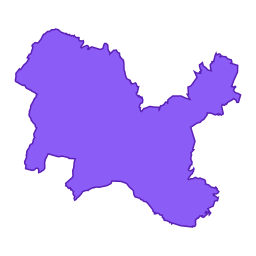 Santa María de los Ángeles, Jalisco, Mexico (Natural Earth projection)
{"feature_id": "50627088B16620739147386", "entity_name": "Santa María de los Ángeles", "entity_type": "district", "adm_level": 2, "iso_a3": "MEX", "parent_name": "Mexico", "parent_adm1": "Jalisco", "projection": "natural_earth1", "projection_center": [-103.187, 22.191], "detail": "fine", "context": "isolated", "style": "filled", "palette": "violet", "viewbox_px": 256, "rotation_deg": 0, "n_neighbors": 0, "source": "geoboundaries", "source_scale": "gbopen_adm2", "svg_char_len": 5738}
<svg xmlns="http://www.w3.org/2000/svg" viewBox="0 0 256 256"><path d="M171.7,223.9L172.6,223.1L180.8,225.7L192.5,227.0L192.4,226.2L194.8,226.4L195.7,224.7L195.6,222.9L195.2,222.1L195.8,221.0L195.3,220.1L195.5,219.7L197.1,218.7L197.5,217.9L198.1,218.2L198.9,217.6L199.2,216.6L200.0,215.8L200.8,215.8L201.2,216.4L201.5,215.9L202.4,215.8L202.1,216.6L203.5,217.4L207.2,214.1L207.1,213.0L205.3,213.0L205.4,212.4L206.1,211.5L207.2,212.4L208.7,211.9L209.2,214.8L210.7,212.9L209.0,211.2L209.3,210.9L207.8,208.6L213.3,205.9L213.2,204.8L213.8,204.3L214.0,203.1L214.7,201.2L216.4,200.5L217.1,200.8L217.7,200.1L218.2,197.6L217.7,197.9L214.4,195.4L214.0,195.2L214.2,195.5L213.9,195.6L213.5,195.0L213.7,194.1L216.6,193.8L217.8,193.1L218.8,191.6L217.0,189.9L217.2,188.8L216.5,188.4L216.1,187.4L215.7,187.1L215.2,188.0L211.1,187.1L208.6,184.9L205.6,184.0L205.6,182.4L205.0,180.2L203.5,179.3L201.4,178.8L200.1,178.0L198.3,178.6L197.3,178.4L195.8,177.4L194.5,177.7L193.0,178.8L190.9,178.7L188.9,179.6L188.2,179.3L188.4,178.3L191.0,174.6L192.3,173.6L192.9,171.9L193.5,171.1L193.5,170.1L194.0,169.0L193.7,168.3L193.2,169.4L190.3,171.0L188.6,170.0L188.3,169.2L189.7,167.9L189.2,167.4L189.7,166.2L190.2,166.2L190.5,165.1L191.8,164.7L192.0,161.9L190.9,159.4L190.9,157.2L191.6,154.8L190.9,152.9L193.8,149.7L192.7,149.3L192.8,148.6L195.0,141.4L190.7,127.3L196.8,123.2L200.4,122.2L201.8,120.4L203.7,119.5L207.1,114.8L207.3,112.9L208.4,113.2L209.0,112.9L211.5,113.3L215.2,114.9L217.5,114.0L217.1,114.5L218.7,115.1L220.3,114.1L221.2,115.1L223.3,113.8L221.6,106.2L222.4,104.5L223.7,105.2L224.6,105.3L225.9,103.8L226.4,104.2L227.9,102.2L231.8,100.1L233.7,98.6L236.2,100.4L236.9,102.4L238.4,102.4L240.6,94.9L237.8,93.3L236.6,93.2L235.1,92.5L233.8,90.9L233.5,90.1L234.7,87.9L235.6,87.2L235.5,86.4L235.2,86.3L233.2,87.3L232.4,86.2L231.6,86.4L233.8,80.3L237.5,72.1L237.7,65.4L230.8,63.2L231.9,62.2L231.3,59.9L227.6,58.8L225.8,56.7L223.6,56.6L221.4,55.9L221.2,56.5L220.6,57.0L220.0,56.6L220.7,55.7L220.6,54.9L219.8,54.0L218.3,54.0L217.9,54.5L217.2,54.8L216.5,54.5L216.1,53.3L215.2,55.3L213.6,61.6L212.7,61.5L212.4,62.1L211.9,61.9L211.8,63.3L210.8,63.9L210.2,65.0L210.7,68.6L211.3,70.8L207.7,69.9L206.0,67.8L203.3,66.0L202.4,62.6L200.9,63.9L200.9,64.2L199.6,64.6L199.4,65.9L200.3,69.0L200.6,69.7L201.4,70.3L201.3,70.9L199.8,71.6L199.7,72.3L200.6,72.6L200.7,73.2L196.8,73.1L194.5,71.7L197.0,77.4L191.1,85.8L188.0,87.1L188.4,94.4L187.2,94.3L190.0,99.4L185.3,98.0L181.1,96.0L172.8,96.0L168.0,99.7L167.6,103.1L166.0,101.9L164.5,103.4L164.3,104.1L163.9,104.5L161.6,105.9L160.8,105.7L160.3,106.2L159.3,110.1L159.1,110.2L159.2,107.3L154.0,107.1L149.9,106.4L144.6,108.5L144.0,108.4L141.1,112.0L141.2,111.6L140.6,110.8L140.2,109.5L140.1,108.1L140.4,107.8L139.1,106.9L140.4,103.6L142.3,102.8L142.7,101.5L142.7,99.4L142.0,97.4L141.4,98.0L140.7,96.8L140.3,97.0L139.1,95.8L138.9,96.7L136.4,94.4L136.4,92.8L137.3,92.6L138.6,86.7L137.6,86.9L137.2,86.5L136.0,83.4L135.4,82.9L133.3,83.8L131.1,83.7L131.3,82.5L130.0,81.6L130.3,80.5L126.8,78.7L125.7,76.2L124.7,71.6L124.0,69.7L123.8,62.7L123.4,60.2L122.9,59.6L122.0,59.2L121.4,58.1L120.2,57.5L120.2,56.4L119.6,55.7L119.5,53.1L117.5,52.4L116.3,50.1L113.7,50.3L109.8,54.1L109.6,52.0L108.5,50.7L108.0,49.3L107.8,45.2L106.3,43.6L104.6,43.5L103.8,45.1L102.9,48.4L101.3,49.2L100.0,49.4L91.8,46.9L90.1,47.7L89.1,49.3L87.8,49.3L87.6,48.9L88.5,47.7L88.6,46.9L87.7,45.7L86.9,45.5L83.8,46.6L81.5,48.0L80.7,47.0L83.3,43.3L83.6,41.9L83.3,40.7L82.8,41.0L79.7,40.8L78.7,39.6L79.1,37.8L78.0,37.4L77.6,37.7L76.4,37.6L74.3,36.2L74.3,35.8L73.8,36.3L73.2,35.7L72.4,35.5L71.5,36.0L71.1,35.5L69.7,35.2L69.5,34.5L67.7,34.9L66.7,33.7L66.2,34.1L65.8,33.5L63.4,33.3L63.0,32.8L60.9,32.1L58.3,29.7L55.5,29.0L54.5,29.7L51.5,29.8L49.4,31.6L48.0,31.3L46.7,32.2L44.6,34.1L43.7,34.3L43.5,35.1L43.0,35.2L40.9,39.5L39.5,41.0L39.1,41.9L37.6,43.0L35.1,42.6L33.1,44.2L32.0,45.6L32.0,46.0L32.8,46.5L32.5,49.2L32.1,49.7L31.1,53.2L30.4,54.0L29.3,54.3L27.2,57.8L29.0,58.5L28.8,58.9L26.4,62.8L23.7,65.1L21.0,69.1L20.1,69.7L19.4,68.9L15.9,73.4L16.0,76.7L15.4,80.2L15.6,81.4L16.5,82.1L17.5,82.2L18.9,83.4L22.9,85.4L24.8,85.3L26.2,88.0L28.2,89.1L29.3,89.4L30.1,90.1L30.9,90.1L31.8,91.2L34.0,92.2L37.2,94.3L36.3,95.1L36.3,96.6L34.2,99.0L33.1,101.6L30.8,105.7L30.5,108.6L29.4,111.1L29.4,112.9L29.0,114.3L29.3,114.9L29.1,115.3L29.4,116.3L30.7,118.1L31.5,120.9L32.1,121.0L33.4,123.1L35.0,124.4L35.4,126.7L36.7,127.8L33.9,133.7L34.0,136.2L34.8,137.4L33.6,138.9L32.7,143.0L32.0,143.8L30.7,144.4L29.7,145.5L29.3,147.4L27.1,150.7L26.7,152.1L26.7,154.1L26.2,155.1L26.6,155.5L26.3,158.1L24.6,161.6L25.0,164.2L26.0,165.0L25.8,167.3L25.5,168.2L25.9,168.8L32.2,170.4L34.6,169.8L35.9,168.4L36.8,168.1L38.6,169.1L38.7,172.6L40.2,172.1L43.7,169.9L44.8,168.2L44.6,162.3L45.2,160.5L45.1,159.9L48.2,153.8L58.2,156.7L62.5,156.2L67.8,157.4L68.9,158.4L75.2,158.8L74.3,161.8L73.7,167.9L72.8,170.2L73.0,176.3L72.1,177.7L65.7,183.3L66.0,185.1L65.7,185.8L66.9,186.2L68.3,188.1L68.8,188.4L70.1,187.7L70.7,189.6L71.2,189.1L71.8,190.1L73.5,191.7L73.0,193.1L73.4,194.8L74.7,196.1L74.1,198.5L74.7,200.2L75.8,199.6L76.6,198.8L77.2,197.7L78.2,197.2L80.0,195.3L81.2,194.0L82.7,191.6L83.3,191.3L86.7,190.3L88.1,190.5L89.2,189.5L93.0,187.6L93.9,187.9L94.2,187.4L97.4,187.0L99.1,187.3L107.0,185.6L111.0,183.5L111.9,181.0L120.9,181.4L126.5,183.4L129.6,187.3L133.3,190.5L134.1,195.2L135.3,197.0L138.8,197.9L140.1,198.5L140.8,199.6L142.2,199.8L143.7,201.3L146.7,201.9L146.8,202.5L148.0,203.6L152.8,209.7L153.1,211.4L154.1,212.1L154.4,213.5L155.4,212.7L155.6,212.9L155.2,213.8L158.1,213.3L159.0,213.7L160.1,215.0L162.3,215.2L162.4,217.4L163.8,218.2L163.5,218.8L164.2,219.5L164.3,220.3L167.4,220.7L167.9,221.2L169.0,221.5L169.7,222.6L170.6,222.3L171.5,223.1L171.7,223.9Z" fill="#8b5cf6" stroke="#5b21b6" stroke-width="1.5"/></svg>